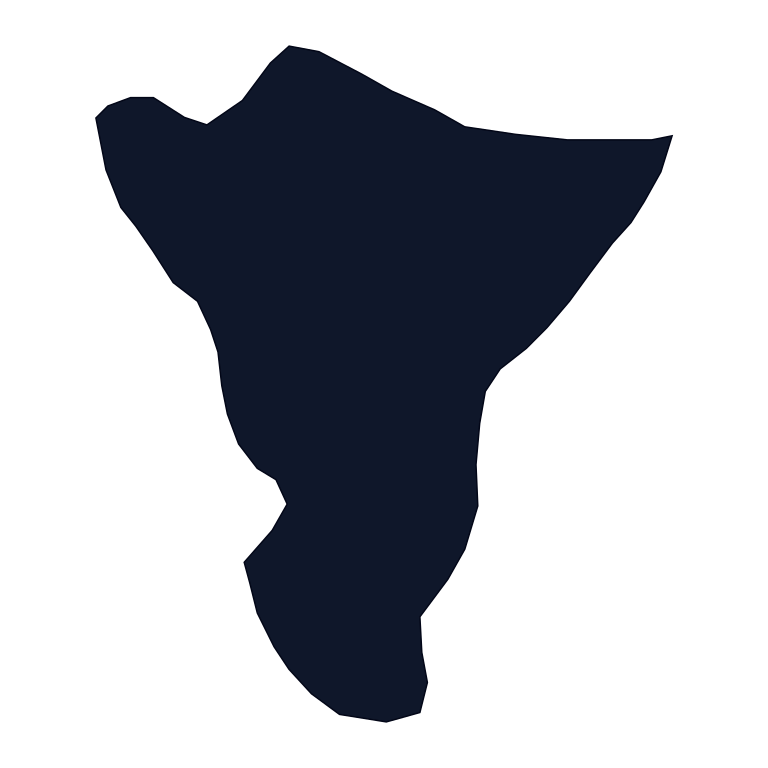 Vokolida, Cyprus
{"feature_id": "46923920B93195640595309", "entity_name": "Vokolida", "entity_type": "district", "adm_level": 2, "iso_a3": "CYP", "parent_name": "Cyprus", "parent_adm1": "", "projection": "orthographic", "projection_center": [34.07, 35.367], "detail": "fine", "context": "isolated", "style": "filled", "palette": "ink", "viewbox_px": 768, "rotation_deg": 0, "n_neighbors": 0, "source": "geoboundaries", "source_scale": "gbopen_adm2", "svg_char_len": 867}
<svg xmlns="http://www.w3.org/2000/svg" viewBox="0 0 768 768"><path d="M95.9,118.0L106.0,169.9L120.9,207.5L135.8,226.2L152.7,250.6L173.2,282.6L197.5,301.3L210.6,329.5L218.0,352.0L221.8,385.8L227.4,414.0L238.6,444.0L257.3,468.4L276.0,479.7L287.2,504.1L272.2,530.4L244.2,562.3L249.8,583.0L257.3,613.0L274.1,646.8L289.0,669.3L311.5,693.8L339.5,714.4L386.3,721.9L419.9,712.5L427.4,682.5L421.8,652.4L419.9,616.8L447.9,579.2L464.8,549.2L477.8,506.0L476.0,464.7L479.7,423.4L485.3,391.4L500.2,368.9L526.4,348.3L547.0,327.6L569.4,301.3L589.9,273.2L612.4,243.1L631.0,222.5L644.1,201.8L660.9,171.8L672.1,135.8L651.6,139.9L621.7,139.9L567.5,139.9L515.2,134.3L464.7,126.8L434.8,109.9L391.8,91.1L361.9,74.2L319.0,51.7L289.1,46.1L270.4,63.0L242.4,100.5L206.9,124.9L184.4,117.4L153.4,97.6L130.6,97.6L107.9,106.0L95.9,118.0Z" fill="#0f172a" stroke="#020617" stroke-width="1.5"/></svg>